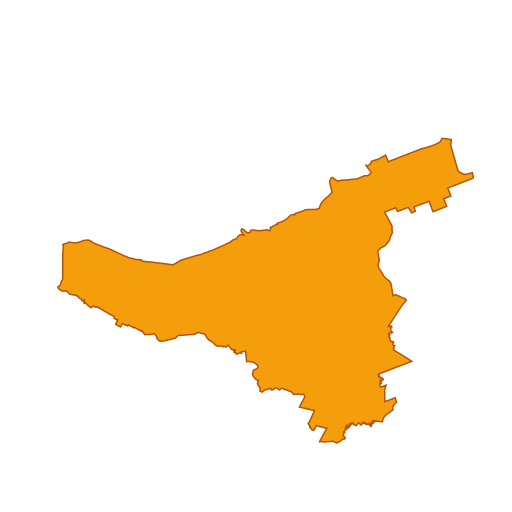 Viile Satu Mare, Satu Mare, Romania, rotated 105°
{"feature_id": "2599482B28492278247457", "entity_name": "Viile Satu Mare", "entity_type": "district", "adm_level": 2, "iso_a3": "ROU", "parent_name": "Romania", "parent_adm1": "Satu Mare", "projection": "albers", "projection_center": [22.996, 47.653], "detail": "fine", "context": "isolated", "style": "filled", "palette": "amber", "viewbox_px": 512, "rotation_deg": 105, "n_neighbors": 0, "source": "geoboundaries", "source_scale": "gbopen_adm2", "svg_char_len": 6124}
<svg xmlns="http://www.w3.org/2000/svg" viewBox="0 0 512 512"><g transform="rotate(105 256 256)"><path d="M383.5,91.1L379.2,90.9L377.1,90.0L374.6,88.5L374.1,87.8L369.1,83.8L366.9,84.9L363.0,83.8L361.0,82.5L356.9,84.8L363.4,93.9L351.5,97.2L347.1,96.9L350.1,101.1L349.5,102.6L347.3,103.3L346.6,102.9L346.8,102.0L346.5,101.9L345.2,103.3L344.6,102.6L343.9,103.8L343.3,102.9L343.0,101.3L341.9,101.1L341.3,103.1L340.9,103.2L341.3,104.6L340.7,104.9L340.5,105.6L341.0,106.1L340.5,106.4L339.0,106.3L339.1,107.1L338.6,107.4L317.4,78.3L313.2,91.7L311.2,98.8L309.8,99.1L308.8,98.7L307.5,99.4L306.6,99.0L306.7,100.0L306.0,101.1L305.5,101.3L303.7,100.6L303.3,101.2L303.2,102.4L303.6,103.7L302.7,104.5L302.3,105.2L300.4,105.4L299.4,106.8L297.6,106.2L297.1,107.9L296.1,107.7L295.5,106.8L295.3,105.1L294.4,104.4L293.3,106.2L292.2,106.8L291.1,107.0L290.3,107.5L289.8,107.2L289.5,106.5L288.7,106.8L288.6,107.3L289.6,109.9L266.5,102.4L259.8,99.4L258.9,100.4L257.2,111.2L258.9,113.4L249.0,117.8L247.0,119.0L245.9,120.2L244.0,124.9L242.3,127.4L235.9,134.1L233.8,135.7L228.1,135.8L220.0,139.7L216.3,137.9L212.8,134.1L209.4,132.4L206.3,131.2L202.4,131.1L198.4,130.4L191.6,132.5L180.3,143.2L173.2,133.4L176.3,130.8L169.6,121.4L174.1,116.8L171.5,113.6L167.8,116.2L158.3,103.0L167.4,96.5L165.3,93.5L158.7,84.7L152.1,89.5L147.6,83.3L140.7,88.4L124.7,66.5L123.6,66.5L119.5,68.6L122.3,73.5L123.2,75.7L123.3,76.8L122.0,82.3L121.3,83.0L98.8,96.5L93.0,97.5L94.1,106.7L98.5,107.8L102.7,112.8L107.0,119.2L109.5,123.8L130.7,152.7L125.0,156.9L130.5,162.6L134.5,168.8L137.6,169.5L140.5,171.9L139.5,173.9L144.1,168.1L145.9,166.4L147.0,166.7L149.5,169.0L150.5,172.1L155.5,178.5L157.4,184.0L159.3,188.4L160.4,192.5L162.4,196.3L162.2,197.8L160.4,202.5L160.7,203.5L164.5,204.2L165.7,204.0L174.7,199.0L178.6,201.1L183.3,204.3L187.2,206.3L189.0,206.9L193.6,207.3L195.4,209.9L197.9,218.7L199.0,220.9L200.1,222.1L204.7,228.9L205.3,229.5L206.1,229.2L206.5,231.3L207.8,233.3L211.4,235.3L213.9,237.4L216.0,239.7L219.0,244.1L219.9,243.4L220.7,244.9L221.9,246.4L224.2,248.5L224.4,249.3L225.1,249.0L225.2,249.4L227.7,248.9L228.1,249.3L228.1,250.8L227.7,251.8L230.3,258.0L231.4,262.6L231.4,264.6L231.8,266.3L232.7,267.8L234.9,268.0L235.7,269.4L235.7,270.3L235.1,272.0L233.6,274.8L233.5,276.8L234.8,277.1L236.2,276.6L239.1,273.4L239.0,274.5L239.6,276.9L242.3,278.8L244.3,279.2L246.1,282.0L247.1,283.0L249.5,284.6L251.3,287.0L253.2,289.0L261.8,299.6L263.4,302.4L264.8,303.7L265.9,305.8L268.9,309.7L271.0,313.8L279.5,327.4L286.0,333.9L289.1,356.7L289.9,360.5L290.4,365.2L289.5,365.5L289.5,366.7L289.8,368.7L290.6,371.4L290.4,372.7L290.6,378.5L290.1,380.7L290.0,384.0L289.6,384.7L289.2,388.1L287.4,397.4L286.8,403.4L286.8,404.7L285.6,415.7L284.1,420.4L284.0,421.7L284.3,423.3L285.8,426.8L288.8,430.9L290.4,434.8L290.9,440.1L292.6,442.1L293.8,443.8L293.9,444.4L294.9,445.5L297.1,444.4L303.1,443.4L328.4,436.7L330.4,437.3L335.2,437.7L337.0,439.4L338.8,438.1L339.2,436.6L339.7,435.6L340.0,433.4L339.2,432.3L339.4,431.7L339.2,431.3L338.8,431.1L338.8,430.6L339.2,430.4L339.0,429.9L339.4,428.6L341.1,426.1L340.8,421.4L340.3,419.1L341.1,418.6L341.0,417.0L342.4,416.4L342.5,415.0L343.1,413.3L344.1,412.8L344.3,412.3L344.3,411.6L343.1,410.7L342.9,410.2L344.0,409.8L345.7,410.2L346.1,409.8L346.1,409.3L345.3,408.9L348.1,403.8L348.3,402.7L348.7,402.1L346.2,400.2L346.4,399.7L346.9,399.4L346.7,398.5L346.9,397.9L346.4,397.1L346.5,396.7L346.1,396.4L346.0,395.7L346.8,394.8L347.0,392.8L348.3,389.0L348.3,388.7L350.9,378.8L350.8,378.0L351.7,377.0L352.9,377.0L353.7,374.1L353.5,373.0L358.1,373.9L358.6,373.0L359.1,370.9L359.6,368.5L355.7,367.6L356.5,364.4L356.5,364.1L356.1,363.9L356.8,361.8L355.5,361.4L357.0,355.5L356.4,355.1L358.2,347.7L358.2,347.2L357.7,347.0L360.8,342.9L359.7,340.5L359.9,339.8L359.6,339.3L359.7,338.8L359.0,338.1L359.0,337.1L357.3,333.9L359.2,331.6L361.4,330.1L363.1,327.5L363.0,326.3L361.9,322.9L356.6,313.3L355.9,312.4L353.3,310.8L352.7,309.9L347.5,294.9L345.8,293.7L344.7,291.2L344.8,286.1L345.3,284.5L348.3,281.5L348.8,280.3L349.3,280.1L349.6,278.1L350.0,277.0L350.4,276.8L350.4,275.8L351.4,273.7L352.4,272.6L353.0,270.5L352.6,268.2L351.9,266.8L352.1,263.8L351.6,262.8L351.6,261.8L351.4,261.0L349.6,260.3L349.4,259.5L351.6,256.8L352.8,254.7L352.2,252.9L353.3,252.7L352.2,252.2L352.2,251.8L352.6,251.5L353.6,252.2L354.5,252.0L354.9,251.1L354.6,250.5L356.0,249.4L353.9,247.0L353.5,244.7L352.4,245.2L352.1,245.8L352.1,244.9L351.2,242.9L351.1,242.2L350.5,241.5L360.5,237.7L359.8,236.2L359.8,234.9L359.4,233.2L359.3,231.3L360.3,227.8L361.6,225.8L362.6,225.2L364.5,225.8L367.0,229.0L371.1,228.8L373.4,227.0L374.1,225.6L375.1,224.5L375.4,223.8L375.4,221.6L379.1,221.5L381.0,219.8L381.2,219.0L382.1,218.1L385.5,217.2L385.9,214.8L383.3,213.2L381.7,209.9L380.9,209.7L380.5,208.8L380.3,207.3L381.5,206.4L380.2,204.1L378.6,204.0L378.3,202.0L379.3,198.6L377.1,197.2L378.0,186.9L379.0,184.7L379.9,184.3L380.1,183.8L379.3,182.2L378.2,178.3L378.1,176.0L377.3,174.4L377.4,173.8L379.3,172.4L390.7,175.0L390.3,159.5L401.6,161.4L404.5,162.2L406.1,160.1L407.5,159.8L407.4,159.1L407.9,159.1L408.7,157.3L409.3,157.3L409.6,155.1L404.0,153.7L404.3,150.7L404.1,146.5L404.4,143.6L404.2,143.0L417.4,146.3L419.0,146.4L418.3,144.9L418.2,142.9L415.1,133.7L415.7,129.5L415.1,129.1L413.2,126.6L410.4,124.9L410.1,123.6L410.2,123.4L408.8,122.6L407.3,124.3L407.0,125.3L405.9,125.0L405.1,125.7L404.3,125.5L403.7,124.6L402.9,125.7L402.2,124.9L401.1,125.2L400.8,124.9L400.6,124.2L399.5,123.6L399.6,124.7L398.9,125.0L398.3,124.2L397.4,124.9L396.8,124.5L396.2,124.8L395.9,124.1L396.2,122.7L397.8,123.1L398.2,122.9L398.1,122.4L396.9,121.6L395.2,121.1L394.7,122.2L394.1,122.2L393.6,121.3L393.8,120.2L392.5,120.7L392.5,119.4L392.1,118.9L393.3,118.4L394.0,115.4L390.8,113.8L391.0,113.6L390.8,113.3L392.1,110.8L390.2,109.7L389.5,110.3L389.3,109.5L389.6,108.4L388.7,108.0L390.0,106.9L389.2,106.1L389.9,105.5L389.5,105.0L390.0,104.3L390.5,104.3L388.6,103.6L389.8,102.3L388.5,102.1L388.4,101.7L390.3,101.3L390.9,100.8L387.8,100.2L387.4,101.1L387.0,101.5L386.4,100.7L386.7,99.2L385.6,99.6L385.5,100.7L384.5,100.2L385.2,98.3L385.0,98.0L384.6,98.8L383.5,91.1Z" fill="#f59e0b" stroke="#b45309" stroke-width="1.5"/></g></svg>